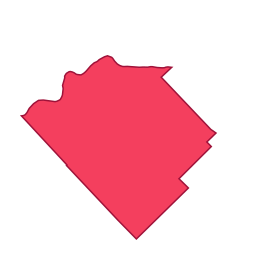 the district of Monroe, Ohio, United States of America, rotated 224°
{"feature_id": "52423323B17076198557768", "entity_name": "Monroe", "entity_type": "district", "adm_level": 2, "iso_a3": "USA", "parent_name": "United States of America", "parent_adm1": "Ohio", "projection": "equal_earth", "projection_center": [-80.93, 39.705], "detail": "fine", "context": "isolated", "style": "filled", "palette": "rose", "viewbox_px": 256, "rotation_deg": 224, "n_neighbors": 0, "source": "geoboundaries", "source_scale": "gbopen_adm2", "svg_char_len": 1057}
<svg xmlns="http://www.w3.org/2000/svg" viewBox="0 0 256 256"><g transform="rotate(224 128 128)"><path d="M213.1,62.7L146.2,59.0L146.2,58.3L71.0,54.7L44.9,54.0L42.9,126.8L56.1,126.9L55.2,172.5L61.6,172.7L61.2,185.5L67.5,184.5L139.4,187.6L138.7,202.0L141.7,199.7L142.9,198.2L143.8,196.5L145.1,195.1L149.0,191.8L153.1,189.0L154.2,188.0L156.2,185.3L159.3,182.5L162.1,179.5L171.2,171.9L173.6,169.4L174.8,168.4L177.4,167.2L180.2,166.6L184.1,166.8L187.4,167.5L188.9,167.5L192.9,165.7L194.4,162.9L196.1,157.5L196.3,156.3L196.2,155.8L196.5,154.0L197.6,151.4L198.0,146.8L197.6,139.8L197.7,137.7L197.9,136.2L198.6,133.8L199.3,133.0L201.7,131.2L202.6,130.7L205.1,130.3L207.0,129.6L208.8,128.5L209.5,127.5L210.2,124.8L210.2,123.8L209.6,121.3L209.0,120.7L208.6,120.4L207.9,119.3L204.6,113.1L202.4,111.6L201.7,110.9L198.1,106.2L197.3,104.4L196.5,101.5L196.8,100.3L197.7,97.9L198.8,96.3L208.3,89.3L211.5,85.8L211.8,84.7L212.8,79.9L212.7,73.9L212.5,72.8L211.4,69.1L211.2,66.5L211.4,65.3L212.1,64.0L213.1,62.7Z" fill="#f43f5e" stroke="#9f1239" stroke-width="1.5"/></g></svg>